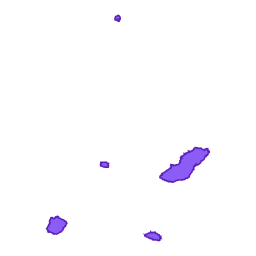 outline of San Cristobal, Galápagos, Ecuador
{"feature_id": "8360857B96374734157472", "entity_name": "San Cristobal", "entity_type": "district", "adm_level": 2, "iso_a3": "ECU", "parent_name": "Ecuador", "parent_adm1": "Galápagos", "projection": "orthographic", "projection_center": [-89.85, -0.532], "detail": "fine", "context": "isolated", "style": "filled", "palette": "violet", "viewbox_px": 256, "rotation_deg": 0, "n_neighbors": 0, "source": "geoboundaries", "source_scale": "gbopen_adm2", "svg_char_len": 5908}
<svg xmlns="http://www.w3.org/2000/svg" viewBox="0 0 256 256"><path d="M195.3,147.7L195.2,147.6L195.0,147.9L194.2,148.3L193.7,149.0L193.9,149.7L193.6,149.9L193.4,149.6L193.2,150.1L192.3,150.5L192.2,151.0L191.7,150.9L190.8,151.3L190.5,150.9L190.6,151.2L190.5,151.4L190.4,151.2L190.2,151.2L190.3,151.7L190.6,151.7L190.0,152.0L189.8,151.6L189.4,152.1L189.0,151.6L188.7,151.5L188.8,151.7L188.7,151.8L188.6,151.5L187.9,152.7L186.2,152.9L186.1,153.6L185.6,153.8L185.4,153.7L185.4,154.1L184.8,153.8L184.5,154.2L184.1,153.9L184.2,154.8L183.9,155.3L183.4,155.7L183.0,155.6L181.9,156.7L181.3,156.3L181.1,156.8L180.7,157.2L181.5,157.6L181.6,158.1L181.3,158.6L181.5,158.6L181.1,158.9L180.7,158.8L180.9,159.8L179.8,160.6L180.1,161.4L179.8,162.1L180.2,162.2L180.4,162.5L179.5,163.1L179.3,163.6L178.2,164.6L176.2,164.7L175.9,165.2L175.6,165.1L175.4,165.3L175.2,165.1L174.5,165.4L173.8,165.3L173.5,165.7L173.2,165.6L173.2,164.9L172.6,164.9L172.2,164.6L171.2,164.7L170.9,164.6L170.9,165.4L170.7,165.5L170.9,166.0L171.3,166.0L171.4,166.3L171.0,166.7L171.3,167.3L170.9,167.6L170.7,168.3L170.0,168.5L169.8,168.3L169.7,168.5L169.8,168.5L168.8,169.2L168.8,169.5L167.2,170.1L166.9,170.3L167.1,170.4L166.9,170.7L165.8,171.4L165.7,171.7L164.3,172.2L163.7,172.9L162.7,173.1L162.6,173.6L161.9,173.5L161.7,173.8L161.8,173.9L161.8,174.3L162.0,174.3L162.2,174.5L162.2,175.1L161.7,175.4L161.3,175.2L160.7,175.3L160.3,175.7L160.3,176.1L159.8,177.1L159.9,177.6L160.3,177.6L160.6,178.0L161.5,178.1L162.7,179.6L163.3,179.5L164.5,180.1L164.9,180.0L165.0,180.3L165.5,180.3L165.4,180.5L166.4,180.5L167.0,181.2L168.1,181.3L168.4,181.8L168.9,181.8L169.4,181.4L169.5,181.7L170.1,181.8L171.3,181.6L171.2,181.9L171.5,182.1L172.0,182.0L173.1,182.2L175.0,181.3L175.5,180.9L176.0,180.6L176.5,180.6L176.9,180.3L177.2,180.4L177.4,180.3L177.8,180.4L178.3,180.0L179.5,179.8L181.5,180.1L182.8,179.9L183.5,179.4L184.0,179.6L184.7,179.4L185.1,179.2L185.3,178.5L186.3,178.3L186.9,178.3L187.3,177.9L187.6,178.1L188.5,177.3L189.0,177.1L189.5,175.9L189.6,174.8L189.9,174.3L190.3,174.2L190.7,173.4L192.0,172.0L192.2,170.9L192.6,170.3L192.5,169.9L192.8,169.6L193.5,169.7L193.5,169.2L193.9,169.1L193.7,168.5L193.9,167.8L193.6,167.7L194.1,166.8L194.0,166.4L193.8,166.3L193.9,166.1L194.3,165.7L194.6,165.7L194.9,165.8L195.2,165.4L195.1,165.7L195.3,165.8L195.3,165.5L195.1,165.2L195.3,164.9L195.6,164.9L195.8,164.5L196.0,164.9L196.3,164.4L196.5,165.0L196.8,164.7L197.2,165.0L197.4,164.8L197.9,164.7L199.4,163.9L199.4,163.7L199.9,163.4L200.1,163.0L200.7,162.6L201.0,161.1L201.3,161.1L201.8,160.7L201.9,160.8L202.1,160.5L202.3,160.6L203.9,159.5L205.0,157.1L205.0,156.4L205.4,156.2L205.7,156.3L205.7,156.0L205.5,155.9L205.8,155.6L206.3,156.0L206.5,155.5L207.4,155.2L207.4,154.7L207.8,154.5L207.6,154.3L207.7,153.8L208.1,153.2L209.1,152.6L209.4,152.1L209.3,151.2L208.8,150.9L208.6,151.2L208.4,151.0L207.8,151.0L207.8,150.6L208.1,150.6L207.6,150.4L207.6,150.1L208.0,149.1L207.5,149.0L207.0,148.5L206.2,148.8L206.0,149.2L205.5,149.1L205.6,149.3L205.2,149.9L204.5,150.1L204.2,150.4L203.7,149.8L202.9,149.6L201.5,148.9L201.4,148.3L201.1,148.1L199.9,148.2L199.6,148.5L198.9,148.4L198.7,148.1L197.8,148.3L197.4,147.9L197.1,148.2L196.9,147.7L195.3,147.7ZM57.7,216.3L57.3,216.3L57.2,216.9L56.5,216.8L56.2,217.1L55.8,217.0L55.9,217.3L55.7,217.5L55.4,217.2L54.7,218.3L54.1,218.3L53.9,218.7L52.8,218.5L52.6,217.7L52.2,217.5L51.6,217.7L51.3,217.6L50.8,217.8L50.5,219.6L50.4,219.8L50.1,219.7L49.7,220.2L49.5,221.3L49.7,222.0L49.5,222.3L49.5,222.8L49.9,222.9L50.1,223.1L50.0,223.5L49.5,223.5L49.5,224.1L49.2,224.2L49.0,224.4L48.6,225.0L48.8,225.8L48.5,225.9L47.8,226.4L47.7,227.2L47.1,228.1L46.6,228.4L47.2,229.7L47.6,230.2L48.0,230.1L48.3,230.4L48.3,231.1L48.1,231.4L48.9,231.4L49.1,231.6L48.9,231.9L49.4,231.8L49.4,232.2L50.0,232.0L52.2,232.7L52.3,233.1L52.9,233.4L53.0,233.6L53.4,233.5L54.0,234.2L55.0,233.8L56.6,234.1L57.6,233.7L58.6,233.1L59.2,232.5L60.0,232.0L60.6,232.2L61.0,232.0L61.2,231.5L62.7,230.3L63.1,229.1L63.5,228.9L63.6,228.3L63.3,227.9L63.5,227.8L63.5,227.7L63.8,227.7L64.8,226.6L65.4,226.4L65.5,226.0L65.3,225.9L65.9,225.4L65.9,224.6L66.4,223.5L66.7,223.3L66.8,223.5L66.9,223.4L66.1,221.6L65.8,221.6L65.6,221.3L64.7,221.3L64.4,220.5L63.4,219.8L62.3,219.4L61.6,219.5L60.7,218.6L59.2,218.0L58.4,218.0L58.0,217.6L57.9,217.1L58.3,216.6L57.7,216.3ZM155.3,232.3L154.8,232.1L154.7,232.3L154.4,232.2L153.7,232.7L152.9,232.3L152.7,232.6L152.1,232.8L151.5,232.3L150.9,232.6L150.6,232.1L150.5,232.8L148.5,233.1L147.3,234.1L146.3,234.0L145.9,234.6L145.9,234.9L145.6,235.3L144.9,235.4L144.7,235.2L144.9,236.0L145.5,235.9L146.3,236.8L147.6,237.1L148.5,237.6L149.1,238.2L149.5,238.3L149.8,238.2L150.0,238.6L151.0,238.5L151.3,238.7L151.9,238.5L152.4,239.7L152.8,239.4L153.2,239.4L153.7,239.7L154.1,239.7L154.1,240.0L154.9,239.9L155.4,239.7L156.1,240.1L157.1,240.0L157.4,240.3L157.7,240.0L158.0,240.1L158.6,240.6L158.8,240.5L159.1,240.6L159.6,240.4L160.0,240.0L159.7,239.0L160.1,238.5L160.3,238.3L160.7,238.5L161.1,238.5L160.7,237.9L160.8,237.6L159.9,237.2L159.9,236.8L160.3,236.5L159.9,236.5L159.9,236.1L159.4,236.1L159.2,234.9L158.7,234.7L158.2,234.9L157.2,233.7L155.7,233.3L155.3,232.8L155.5,232.6L155.3,232.3ZM106.4,162.2L100.8,162.3L100.8,162.5L101.2,162.8L101.0,163.0L101.4,163.1L101.5,163.6L100.6,164.4L100.4,164.8L100.5,165.6L100.8,166.0L101.9,166.1L103.2,166.8L105.0,167.2L105.3,167.0L106.1,167.4L106.6,167.1L107.0,167.3L108.2,167.2L108.2,166.8L108.6,165.8L108.0,165.2L108.2,164.7L108.1,164.4L108.2,164.1L107.6,163.5L108.0,163.3L107.0,163.0L106.8,162.5L106.4,162.2ZM118.0,15.4L117.0,16.1L115.7,16.4L115.1,17.6L114.9,19.1L115.1,19.7L115.3,19.6L115.4,19.9L115.8,20.2L116.8,20.4L116.7,19.7L117.1,19.3L117.5,19.0L118.7,19.0L119.1,19.5L119.1,20.5L117.9,20.9L118.1,21.2L118.6,21.4L119.2,21.2L119.3,20.7L119.5,20.5L119.4,20.1L120.2,19.2L120.1,18.9L120.3,18.3L119.9,16.8L119.6,16.7L119.1,15.8L118.9,15.8L118.5,15.4L118.0,15.4Z" fill="#8b5cf6" stroke="#5b21b6" stroke-width="1.5"/></svg>